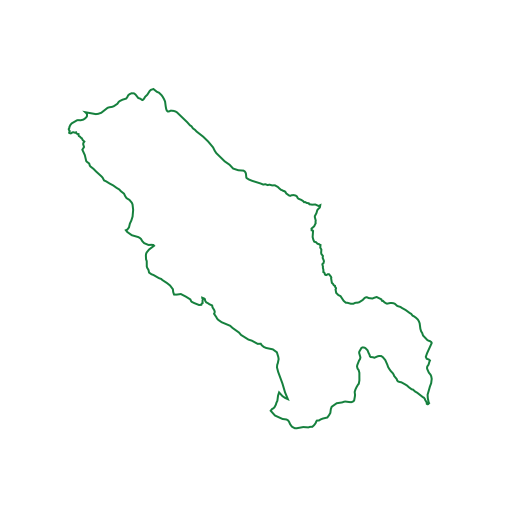 outline of Zetaquirá, Boyacá, Colombia, rotated 253°
{"feature_id": "7082276B35977519917705", "entity_name": "Zetaquirá", "entity_type": "district", "adm_level": 2, "iso_a3": "COL", "parent_name": "Colombia", "parent_adm1": "Boyacá", "projection": "mercator", "projection_center": [-73.195, 5.28], "detail": "fine", "context": "isolated", "style": "outline", "palette": "green", "viewbox_px": 512, "rotation_deg": 253, "n_neighbors": 0, "source": "geoboundaries", "source_scale": "gbopen_adm2", "svg_char_len": 6094}
<svg xmlns="http://www.w3.org/2000/svg" viewBox="0 0 512 512"><g transform="rotate(253 256 256)"><path d="M285.8,332.3L285.5,330.5L287.9,327.8L288.7,324.6L289.3,323.5L289.6,322.5L290.0,322.1L291.0,321.9L291.9,320.0L293.2,318.8L293.4,317.7L294.6,317.2L296.4,315.7L298.4,313.3L299.6,312.7L300.9,312.6L302.2,311.6L303.3,309.7L303.7,307.6L303.5,306.4L304.2,305.3L307.0,303.2L309.0,302.8L309.3,302.2L309.9,301.9L310.2,301.1L311.0,300.6L311.8,299.4L313.9,298.0L315.6,297.1L318.1,294.7L318.8,292.1L320.3,289.7L320.4,287.9L321.9,285.9L322.2,283.8L324.0,281.6L329.0,274.3L331.2,271.6L333.3,269.8L334.0,269.7L337.4,270.4L338.8,270.4L340.1,270.0L341.3,269.0L343.2,264.1L346.3,259.7L351.0,257.4L355.7,253.7L366.0,248.1L368.7,247.3L372.4,246.7L379.5,243.7L385.5,240.4L392.5,235.5L394.4,234.6L396.5,233.0L399.0,232.2L400.2,231.1L404.1,229.3L416.5,222.4L417.7,221.3L418.8,219.7L419.9,217.1L419.7,215.2L419.9,214.0L421.1,213.2L422.9,213.1L425.5,213.4L430.3,214.2L432.9,213.9L435.6,213.3L437.4,212.7L440.5,211.0L442.0,209.2L445.7,206.7L445.6,204.0L444.9,202.6L442.0,199.2L440.7,196.6L439.0,194.7L438.3,193.2L438.4,192.8L440.3,191.3L441.5,189.6L445.6,188.0L446.9,187.1L447.3,186.7L448.0,184.5L447.7,182.3L447.0,180.7L445.6,179.4L444.5,177.9L444.5,174.0L444.0,171.0L443.5,169.7L442.1,168.0L440.8,163.8L440.7,161.9L441.1,159.2L441.1,157.4L438.2,149.9L438.1,146.6L438.5,144.3L443.4,134.8L441.8,135.7L440.8,135.8L439.1,135.2L438.3,134.3L437.3,132.2L436.9,130.5L437.1,127.9L438.0,125.4L438.1,124.5L436.7,118.5L435.5,116.7L433.8,115.2L433.1,115.0L432.1,114.0L431.2,114.0L429.9,114.4L428.9,113.5L428.2,113.4L427.4,114.7L427.5,115.5L427.9,116.5L427.8,117.4L426.8,119.0L426.9,120.0L426.2,120.0L425.6,120.3L424.7,121.2L424.5,121.9L423.0,121.6L422.5,121.7L421.4,122.7L420.4,123.0L419.6,123.8L417.5,124.2L415.6,125.3L414.4,123.8L413.3,123.4L410.5,123.4L408.4,121.0L402.5,121.8L396.5,121.4L395.7,121.7L393.2,123.5L391.0,123.5L390.1,123.8L386.8,126.1L383.7,127.7L377.3,131.5L375.8,132.2L372.7,132.8L371.2,134.5L368.1,137.2L365.2,140.1L361.9,142.6L359.6,144.7L357.5,145.7L354.2,148.0L351.5,148.4L349.2,149.1L346.6,151.4L343.3,152.8L341.4,153.0L336.0,152.0L329.8,149.5L326.3,147.1L323.9,144.9L320.5,142.9L318.9,140.7L318.7,139.1L316.6,139.9L312.2,143.3L308.4,149.1L306.9,150.4L305.9,151.0L303.4,151.6L301.0,152.8L298.0,156.4L297.3,159.2L296.5,161.1L295.6,161.5L293.5,155.7L291.3,152.4L290.0,151.4L288.6,150.8L285.0,149.9L283.0,150.0L277.9,148.5L276.5,148.5L274.1,149.1L271.4,148.9L269.1,150.7L267.8,152.4L263.2,156.7L261.7,158.7L260.4,159.4L256.1,163.0L252.9,165.2L248.5,166.8L245.9,166.3L243.4,166.3L243.0,166.4L242.3,168.7L241.6,173.0L237.7,177.0L233.7,180.5L231.6,180.8L231.0,181.1L229.1,183.1L225.8,187.2L225.3,189.3L225.4,189.6L226.1,189.9L226.4,190.3L226.6,191.2L229.0,191.8L230.0,192.6L231.3,192.3L231.8,192.4L230.4,194.1L229.7,194.5L228.1,194.3L226.3,194.8L224.4,196.7L223.6,197.2L221.5,199.6L219.6,199.4L216.6,200.2L215.1,200.3L213.8,199.8L213.0,199.0L208.7,200.3L207.7,200.4L206.0,201.2L202.7,203.8L196.8,210.9L194.1,212.5L187.7,217.4L184.9,218.6L178.3,224.3L176.3,227.2L171.5,231.9L170.7,234.9L169.0,235.4L166.7,236.9L165.1,238.8L161.8,244.8L157.8,247.8L153.0,247.8L150.8,247.5L147.1,245.5L145.8,244.5L143.4,243.5L138.8,243.3L126.2,244.0L117.1,243.9L109.8,244.6L111.8,242.3L114.3,240.3L118.8,238.2L116.1,236.3L111.3,234.1L109.8,232.7L108.0,231.5L106.0,229.5L105.3,228.2L104.9,226.5L103.7,224.8L97.9,227.5L92.4,233.7L90.8,237.2L90.0,238.1L89.2,238.7L87.5,239.2L85.5,239.4L83.5,240.0L82.1,240.6L80.0,242.7L79.4,244.4L78.6,251.2L76.8,255.9L76.8,257.8L76.2,259.9L77.2,262.0L78.1,263.3L79.1,264.5L80.1,265.2L80.8,266.1L80.3,268.2L80.8,269.9L81.0,272.3L80.7,277.0L82.5,279.4L84.2,281.2L87.7,282.8L89.7,284.3L91.6,290.1L90.8,295.6L90.9,297.6L90.7,298.9L88.7,303.3L88.3,304.7L88.6,306.8L89.3,307.7L92.8,309.5L94.2,310.1L97.1,310.6L99.2,312.0L101.1,313.7L103.3,316.1L103.7,316.9L106.8,318.5L114.1,320.7L116.9,320.8L118.6,320.2L120.8,320.3L122.0,320.9L125.8,323.9L127.1,325.4L128.5,326.2L133.2,326.3L134.3,326.8L137.3,330.0L137.4,331.4L136.6,333.0L135.9,333.7L133.2,335.1L130.5,335.3L128.3,335.7L126.8,335.6L125.9,336.1L124.9,338.4L124.1,339.4L124.5,343.0L124.4,344.4L123.7,346.5L122.2,347.7L118.7,349.2L113.7,349.8L111.1,349.9L108.8,350.5L106.4,351.3L103.8,352.6L102.1,353.0L101.0,353.0L97.1,354.6L95.7,354.6L94.6,355.1L93.8,356.1L92.7,358.1L89.7,361.0L87.9,362.6L85.8,363.8L83.0,365.9L82.3,367.1L79.9,368.5L78.1,370.2L72.1,374.4L71.5,375.1L70.2,375.6L68.9,375.7L66.1,376.4L64.7,376.1L64.1,376.6L64.0,377.3L64.7,378.5L65.3,378.3L69.7,378.7L73.1,379.5L80.4,384.2L83.1,386.3L87.1,388.1L89.7,388.4L91.5,388.2L93.9,387.2L97.9,386.7L98.9,386.8L100.3,387.5L101.6,389.2L104.3,391.0L105.2,391.8L106.5,391.0L107.8,389.2L109.9,388.9L112.8,391.0L121.3,398.5L121.8,398.6L122.5,398.4L123.9,397.3L124.5,396.3L125.5,395.3L131.1,392.5L133.9,392.4L135.6,391.9L138.3,391.9L143.7,392.8L145.7,392.7L147.9,392.2L150.2,390.9L152.4,389.2L153.1,388.3L155.3,387.5L156.3,386.5L160.6,383.3L163.8,380.2L165.0,379.3L166.9,376.5L169.7,374.8L170.6,373.7L171.4,372.0L171.8,370.7L172.1,367.4L172.4,366.9L174.1,365.3L176.0,364.3L176.1,363.6L176.5,363.3L177.9,363.2L181.5,359.4L181.5,356.9L181.3,354.9L182.8,351.5L184.2,349.9L184.3,348.6L184.1,347.6L182.7,345.1L181.6,341.1L181.7,339.3L182.0,338.4L182.2,337.0L181.9,335.2L182.7,332.6L184.5,329.8L185.1,328.2L187.5,326.7L192.9,325.1L194.6,323.3L197.3,321.9L200.8,322.3L201.4,323.0L202.2,323.1L203.4,322.6L204.4,322.8L205.3,321.8L206.8,321.5L208.1,320.7L212.7,321.3L213.3,321.7L214.4,321.6L217.2,320.5L217.6,319.4L217.2,317.7L217.6,316.9L218.2,316.5L219.2,316.6L220.2,316.4L220.9,315.7L223.0,316.4L225.2,316.5L226.2,316.9L228.5,317.0L229.0,317.3L229.4,318.4L231.0,319.4L231.8,319.5L234.7,319.2L236.5,320.0L238.8,319.1L239.9,319.2L243.1,320.4L245.2,319.9L247.7,320.9L248.4,320.0L249.1,319.6L249.7,318.4L251.7,317.4L252.5,316.0L252.9,315.8L255.0,315.6L257.6,315.7L263.3,317.9L263.9,317.6L264.3,316.7L266.0,317.1L267.4,320.3L270.0,322.7L271.0,322.8L272.5,323.5L275.7,323.6L276.9,323.9L279.3,326.3L281.9,328.0L282.9,329.5L283.4,330.7L284.0,331.4L285.8,332.3Z" fill="none" stroke="#15803d" stroke-width="2"/></g></svg>